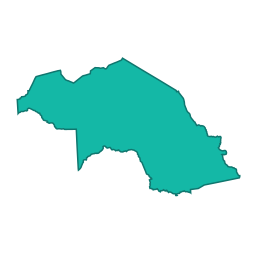 Santa Luzia, Maranhão, Brazil, rotated 87°
{"feature_id": "56859067B91143147838323", "entity_name": "Santa Luzia", "entity_type": "district", "adm_level": 2, "iso_a3": "BRA", "parent_name": "Brazil", "parent_adm1": "Maranhão", "projection": "albers", "projection_center": [-45.858, -4.292], "detail": "fine", "context": "isolated", "style": "filled", "palette": "teal", "viewbox_px": 256, "rotation_deg": 87, "n_neighbors": 0, "source": "geoboundaries", "source_scale": "gbopen_adm2", "svg_char_len": 5893}
<svg xmlns="http://www.w3.org/2000/svg" viewBox="0 0 256 256"><g transform="rotate(87 128 128)"><path d="M196.0,68.8L192.7,68.8L192.1,61.0L188.9,54.8L187.7,46.6L186.6,39.2L183.6,19.4L182.9,19.1L182.2,18.9L181.4,18.9L181.4,19.9L180.7,20.4L180.0,20.7L179.6,21.0L178.9,21.1L178.4,21.6L177.5,21.9L176.7,21.9L175.7,21.9L174.9,22.0L174.4,22.6L174.0,23.7L173.3,24.2L173.3,25.1L172.6,26.0L172.3,26.8L172.3,28.1L172.2,28.9L171.9,29.4L171.7,30.3L170.9,30.6L170.1,31.2L169.5,32.1L168.3,33.0L167.6,33.1L167.0,33.2L166.1,33.3L165.6,34.0L164.2,34.7L163.3,34.7L162.3,34.9L161.2,35.0L160.3,34.9L159.4,35.6L159.3,34.6L159.5,33.9L159.7,33.1L159.5,32.4L159.4,31.5L158.1,30.9L156.4,31.2L155.6,32.0L155.5,33.2L155.8,34.2L155.7,35.1L155.4,35.8L155.1,36.7L154.6,37.2L154.2,37.7L153.6,38.2L153.0,38.5L152.5,38.8L151.8,38.1L151.3,37.7L150.5,37.7L149.9,37.4L149.1,36.7L148.3,37.0L147.8,36.2L147.0,36.2L146.3,36.3L145.3,36.1L144.6,36.1L144.0,36.0L143.3,35.8L142.5,35.6L141.4,36.0L141.3,37.0L141.7,37.7L141.3,38.5L140.8,39.2L141.5,40.2L141.7,41.4L141.5,42.1L141.1,42.9L140.9,43.5L141.2,44.2L140.6,45.4L140.9,46.5L140.7,47.5L140.3,48.6L139.6,49.1L138.5,49.0L137.8,49.3L137.2,49.6L136.5,49.5L135.8,49.6L134.9,50.2L134.1,50.0L133.4,50.6L132.7,50.8L131.8,51.0L131.3,51.4L130.7,51.8L130.1,52.5L129.5,54.3L129.8,55.3L129.2,56.0L128.8,56.7L128.6,57.7L129.1,58.6L129.1,59.3L128.1,59.7L127.0,60.3L126.4,60.6L125.7,60.8L125.1,61.7L124.2,62.3L121.7,64.1L120.6,64.8L119.6,65.1L118.3,65.3L117.4,65.5L116.5,66.1L116.0,66.7L115.1,67.6L113.9,68.3L112.5,68.8L111.6,69.0L110.9,69.3L107.8,70.3L105.1,70.4L102.8,70.8L101.3,71.2L95.0,75.6L94.4,75.5L93.9,75.8L94.2,76.6L94.3,77.6L93.7,77.7L93.0,78.0L82.4,93.6L70.0,112.1L58.0,129.8L58.5,130.1L59.0,130.5L59.7,130.9L60.2,131.9L61.7,136.0L62.3,137.9L63.0,139.9L63.4,141.0L63.6,141.6L64.4,143.8L65.8,145.1L67.1,146.0L67.5,146.5L67.8,147.0L67.7,147.7L67.4,148.3L66.9,148.8L66.5,149.4L66.7,150.7L66.9,152.8L66.6,153.2L66.4,153.9L66.1,157.0L66.0,157.7L69.0,162.4L71.8,162.8L73.2,168.4L73.4,169.7L73.7,170.6L74.5,171.8L77.8,176.4L78.4,177.2L78.7,177.7L79.1,178.2L80.3,180.0L79.3,181.9L78.7,183.3L77.9,184.7L77.5,186.0L76.6,187.8L75.6,188.6L70.8,192.1L67.9,192.2L66.9,192.5L67.2,195.1L67.7,197.5L68.0,199.1L68.2,199.9L68.3,200.5L69.5,205.8L69.8,207.2L69.9,207.9L70.1,208.6L70.2,209.3L70.6,211.2L71.9,217.1L73.5,218.2L75.8,219.4L78.3,220.7L79.9,221.6L81.8,222.7L83.8,223.8L85.6,224.7L85.6,225.2L85.6,226.0L86.5,225.9L88.0,226.2L88.8,226.6L89.3,227.4L89.7,228.4L90.4,228.7L90.9,229.2L91.2,230.8L91.2,232.6L91.7,232.9L92.5,233.6L92.6,234.2L93.3,234.4L93.8,236.3L93.8,237.1L107.8,237.0L107.1,236.4L106.9,235.7L106.7,235.0L105.9,233.9L106.0,232.3L106.0,231.4L105.5,230.4L105.3,229.8L105.6,228.3L105.2,227.5L104.0,227.5L103.1,226.4L103.1,225.8L103.2,225.0L103.6,224.5L104.1,223.4L105.0,222.0L105.4,221.4L105.6,220.8L105.6,220.1L106.3,219.6L106.8,219.0L107.2,218.0L107.8,217.2L108.4,216.8L108.5,216.1L108.6,215.4L109.4,215.2L110.1,215.0L111.3,213.7L112.3,213.6L113.1,213.5L113.6,213.2L114.2,212.6L115.2,212.3L115.8,211.8L116.0,211.2L116.3,210.0L116.7,209.3L116.8,208.5L117.4,208.0L118.0,208.4L118.2,207.8L118.7,207.3L119.1,206.4L118.9,205.1L118.9,204.3L118.9,203.5L119.2,202.9L119.6,202.4L120.2,202.1L120.9,201.5L121.5,201.4L122.3,201.3L123.0,201.1L123.5,200.3L124.6,199.9L125.1,199.2L125.2,198.5L125.1,197.2L125.2,196.4L125.3,195.5L125.5,194.9L125.6,194.3L125.5,193.2L125.4,192.3L126.0,191.6L126.1,190.7L126.2,187.8L126.4,183.0L126.5,179.7L142.2,179.8L144.8,179.8L166.4,179.8L167.5,179.7L166.7,178.6L166.0,177.9L165.4,177.4L164.8,177.0L164.1,176.6L163.5,176.5L162.6,176.0L161.8,175.6L161.1,175.3L160.5,175.0L159.9,174.4L159.2,174.4L158.6,174.4L157.8,174.1L157.4,173.1L157.5,172.2L157.7,171.3L156.7,171.0L155.8,171.0L155.4,170.7L155.2,170.0L154.5,169.7L154.2,169.2L154.1,168.4L153.8,167.8L153.6,167.0L152.9,166.6L152.3,166.1L152.2,165.3L152.0,164.8L151.9,164.0L151.9,163.1L151.6,162.6L151.6,161.9L151.5,161.0L151.8,160.4L151.6,159.7L151.6,159.0L151.1,158.1L150.6,157.5L150.0,157.0L149.7,156.1L149.1,155.7L148.8,155.1L148.5,154.7L147.9,154.5L147.3,153.9L145.8,153.8L145.2,153.9L144.8,153.1L144.8,152.2L145.1,151.7L145.7,151.3L146.0,150.7L146.5,150.4L146.9,149.9L146.9,149.3L146.7,148.6L146.6,148.0L146.5,146.9L147.1,146.4L148.4,145.7L149.0,145.1L148.7,144.1L148.7,143.4L149.0,142.8L149.3,142.2L150.1,141.6L149.8,140.8L150.0,140.0L149.8,139.4L149.4,138.9L149.5,138.3L150.3,138.0L150.6,137.3L151.3,136.7L151.5,136.1L151.5,135.5L151.6,134.8L151.6,134.2L151.1,133.5L151.1,132.7L150.8,131.8L151.0,131.2L151.4,130.9L151.0,130.3L150.5,129.6L150.2,128.9L149.7,128.2L150.0,127.7L149.9,127.0L149.7,126.1L149.8,125.2L150.1,124.6L150.3,123.9L150.4,123.2L150.7,122.7L151.2,122.2L151.6,121.3L152.4,120.4L152.9,120.0L153.7,119.7L154.5,119.9L155.1,119.4L155.8,118.9L156.5,119.1L157.3,118.9L157.7,118.3L158.4,117.8L159.1,117.6L159.8,117.7L160.7,117.4L161.7,117.4L162.2,116.9L162.6,116.4L163.1,115.9L164.6,115.4L172.3,112.7L174.8,111.9L175.3,111.2L175.8,110.1L176.5,109.5L177.1,109.5L177.8,109.1L178.1,108.7L178.6,108.1L179.1,107.5L179.5,107.1L180.2,107.0L180.4,107.8L180.3,108.4L180.8,108.7L181.0,109.3L181.8,109.0L182.5,108.9L183.3,108.6L184.1,108.6L184.6,108.8L185.1,109.1L185.9,108.7L186.9,109.0L187.7,109.5L188.6,109.4L189.5,109.2L189.5,108.2L190.0,107.5L190.3,106.4L191.1,106.1L190.8,104.9L190.7,103.1L190.4,102.6L190.2,102.0L191.0,101.4L192.0,100.7L192.7,100.4L193.4,99.0L192.3,98.6L192.4,97.8L192.2,96.4L191.5,95.9L191.8,95.3L192.5,94.8L192.4,94.0L193.0,93.4L192.4,93.1L192.2,92.6L193.0,91.9L194.1,91.2L194.5,90.8L194.1,90.3L194.0,89.8L194.2,89.1L194.4,88.4L195.6,86.9L196.0,86.2L196.1,84.7L196.3,84.0L197.3,84.0L197.9,83.8L198.0,83.2L197.9,82.5L197.3,82.9L196.6,82.9L196.2,82.2L196.0,80.9L196.0,80.1L195.3,79.4L194.7,79.2L194.8,78.4L194.5,77.8L194.1,76.7L194.2,75.9L193.7,75.2L194.6,74.1L194.7,72.0L195.1,71.4L195.3,70.5L195.6,70.0L195.3,69.5L196.0,68.8Z" fill="#14b8a6" stroke="#0f766e" stroke-width="1.5"/></g></svg>